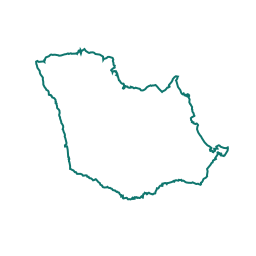 outline of Predeal-Sarari, Prahova, Romania, rotated 100°
{"feature_id": "2599482B64670860435463", "entity_name": "Predeal-Sarari", "entity_type": "district", "adm_level": 2, "iso_a3": "ROU", "parent_name": "Romania", "parent_adm1": "Prahova", "projection": "equal_earth", "projection_center": [26.111, 45.192], "detail": "fine", "context": "isolated", "style": "outline", "palette": "teal", "viewbox_px": 256, "rotation_deg": 100, "n_neighbors": 0, "source": "geoboundaries", "source_scale": "gbopen_adm2", "svg_char_len": 5753}
<svg xmlns="http://www.w3.org/2000/svg" viewBox="0 0 256 256"><g transform="rotate(100 128 128)"><path d="M115.9,203.7L116.3,202.6L117.1,202.6L118.4,201.8L120.5,201.3L121.0,200.8L121.6,199.7L122.7,198.6L125.1,197.9L127.0,198.1L128.1,197.7L129.2,196.8L130.5,196.5L133.1,195.0L134.7,194.5L135.7,193.4L137.1,192.3L138.6,191.9L140.7,192.1L141.0,191.6L142.9,190.7L144.9,189.3L146.1,188.8L147.3,188.9L149.0,187.9L153.3,186.0L154.5,185.9L156.0,187.1L157.2,186.8L156.7,184.9L157.0,184.7L160.0,183.6L166.7,181.9L166.6,181.6L167.1,181.2L168.6,180.5L168.8,180.8L168.5,181.0L169.2,181.0L169.5,180.6L171.3,180.3L171.5,179.9L175.5,178.4L178.4,177.9L178.5,176.9L179.1,175.4L179.2,174.4L180.7,172.7L180.5,171.8L180.7,171.3L181.9,170.5L182.0,170.1L181.4,166.6L181.9,164.9L182.8,164.0L181.9,161.2L181.9,160.4L183.1,159.6L182.9,158.3L183.7,157.8L184.1,157.2L184.0,155.8L184.8,154.2L185.6,153.3L184.8,151.7L184.1,151.2L184.1,150.6L186.4,147.8L187.2,146.1L188.6,145.4L189.2,143.4L189.9,143.2L190.6,142.4L190.7,140.8L190.4,139.7L190.1,138.6L189.5,138.1L190.2,136.9L190.3,135.8L190.1,135.2L190.5,134.5L190.6,133.4L191.8,132.1L191.8,129.8L192.4,129.3L192.5,128.5L192.9,128.0L192.6,127.3L193.2,126.5L193.2,125.6L194.6,124.6L195.1,123.9L195.2,123.1L196.8,122.8L196.7,122.5L195.7,121.9L195.5,121.3L197.9,120.8L198.2,120.4L197.0,117.4L197.2,116.7L198.2,115.8L198.2,115.3L197.8,114.4L197.9,113.1L197.5,112.5L195.9,111.4L196.2,111.0L197.0,110.7L196.5,109.1L195.8,109.1L195.3,109.7L195.0,109.5L194.9,108.5L194.6,107.5L195.2,107.1L195.3,106.7L194.8,105.8L195.0,104.8L194.8,104.1L193.0,102.9L194.0,101.6L194.0,101.3L190.7,101.5L189.9,100.5L188.9,100.3L189.1,99.6L188.9,99.0L189.7,98.4L190.0,97.9L189.6,97.4L188.7,97.2L188.1,96.2L188.7,94.9L188.9,93.8L188.8,93.0L189.1,92.6L189.0,91.9L188.0,91.0L187.9,90.1L187.6,89.8L185.8,89.8L184.1,89.2L182.3,89.0L182.4,87.9L182.0,87.5L180.2,86.9L179.1,86.1L178.9,85.5L179.2,84.4L178.9,84.0L177.5,84.7L176.8,84.5L176.8,83.5L176.1,82.9L175.7,81.6L175.7,81.2L176.5,80.1L175.4,79.7L175.2,78.8L173.6,75.5L172.3,73.9L172.9,73.5L172.9,73.1L171.7,72.7L171.1,71.7L171.1,69.2L170.2,68.9L170.3,67.6L169.8,66.6L170.7,65.8L170.6,65.4L170.2,64.8L170.4,63.7L171.3,62.0L171.5,60.9L171.4,58.5L171.0,55.9L170.8,55.5L170.3,54.9L171.3,51.1L170.7,49.3L171.1,48.1L171.3,46.7L170.6,46.3L169.2,46.7L168.5,45.8L167.4,45.3L165.4,44.9L164.9,44.6L163.4,42.7L161.8,41.7L161.0,42.0L156.8,42.1L154.6,43.0L150.0,40.4L147.9,39.6L147.2,38.7L145.3,38.6L144.8,37.9L144.5,37.8L144.3,37.3L143.3,36.0L143.0,36.2L143.3,36.7L142.7,37.0L142.3,36.6L141.6,36.5L138.7,35.2L138.2,35.1L136.7,35.6L136.3,35.2L136.8,34.6L136.8,34.0L137.6,33.8L137.7,33.6L136.9,32.1L137.2,31.8L137.7,32.4L138.1,32.4L138.3,31.9L138.6,32.1L138.9,31.8L138.8,30.8L139.0,28.8L138.2,28.5L138.1,28.0L133.0,26.0L130.5,26.1L129.8,26.4L130.8,27.7L131.0,30.0L130.4,33.4L129.4,34.8L129.3,35.7L131.0,37.8L132.3,37.1L132.6,36.3L132.8,36.2L133.5,39.5L135.0,39.1L134.8,38.5L135.3,38.3L136.5,39.7L137.0,39.8L136.9,40.5L135.9,41.2L135.9,42.2L136.3,42.7L136.2,43.1L134.8,43.6L133.8,42.4L133.1,42.4L131.8,44.9L131.6,45.8L131.1,47.0L128.8,50.1L125.1,53.5L123.5,54.7L123.0,55.5L120.3,58.0L117.2,59.8L114.5,59.9L113.0,59.5L112.6,59.8L111.7,61.0L111.7,61.4L112.4,62.2L112.0,64.4L111.0,64.6L111.1,65.9L110.6,65.8L109.3,67.2L107.4,67.8L106.4,67.1L104.6,64.7L104.4,64.7L103.6,65.4L102.0,66.0L101.4,66.8L100.0,67.7L99.0,67.7L98.4,68.3L96.2,68.5L94.6,70.0L93.9,70.3L93.7,70.9L92.0,72.1L89.1,72.3L87.2,73.7L86.0,73.3L85.1,73.5L84.9,74.0L84.5,74.3L84.4,75.3L85.0,75.7L85.6,75.7L85.6,76.4L85.9,76.7L85.9,75.9L86.1,75.4L86.4,75.5L86.2,75.8L86.2,76.9L85.3,77.1L85.4,78.4L84.3,79.2L85.3,80.0L84.9,80.9L84.1,81.7L81.6,83.1L78.9,85.9L73.4,88.5L72.9,89.0L70.9,88.1L69.6,88.1L68.7,87.8L68.7,89.8L69.8,91.0L72.2,92.4L73.5,92.5L75.3,93.2L78.5,95.1L79.4,95.1L79.7,94.4L80.1,94.2L81.1,95.3L81.4,96.3L83.7,97.6L84.6,98.4L85.7,100.0L86.6,100.7L83.9,104.5L82.3,106.3L80.9,108.3L81.7,110.2L81.9,111.4L82.4,112.1L82.1,113.3L82.7,113.9L83.1,114.8L84.6,116.5L86.7,117.7L87.6,118.7L88.2,119.5L88.6,120.6L88.6,121.9L87.5,123.0L87.3,123.4L87.4,123.9L87.0,127.4L87.2,127.5L87.4,128.2L87.7,128.6L87.8,129.5L87.1,130.4L86.9,132.4L87.8,132.3L88.2,133.8L88.0,135.1L87.3,135.8L87.6,136.9L87.1,137.6L87.1,138.3L89.3,138.5L90.0,139.2L89.8,139.9L89.3,139.9L87.7,139.2L85.7,139.6L85.5,140.3L85.2,140.4L85.4,141.4L84.7,142.8L82.7,144.6L82.6,145.2L79.3,146.7L79.1,147.2L78.2,147.2L77.8,147.6L77.8,148.5L76.8,147.9L76.5,148.5L75.7,148.5L74.5,149.5L75.0,149.8L74.6,150.6L74.2,150.8L74.4,151.7L75.0,152.7L75.9,152.9L75.2,153.2L74.1,154.6L73.6,154.5L71.4,152.6L71.0,151.7L70.6,151.6L69.4,152.1L69.0,152.0L69.0,152.4L68.2,153.2L66.1,153.7L65.1,154.4L64.1,154.6L63.4,154.3L61.8,155.2L61.6,155.7L61.2,158.8L61.5,160.2L62.9,161.3L64.3,163.9L65.1,164.2L62.0,165.0L60.6,168.6L60.8,172.9L59.8,174.4L59.6,175.7L60.0,177.8L60.4,178.6L60.7,178.8L60.8,179.7L59.5,182.9L57.8,184.6L60.2,186.9L60.0,187.1L60.2,187.6L59.5,188.2L60.5,188.1L62.1,187.2L62.9,187.3L61.0,188.4L60.6,188.9L60.3,188.7L59.9,189.0L60.4,190.0L61.0,190.1L61.6,189.8L62.2,190.1L62.4,190.6L63.9,191.0L63.4,191.9L63.8,192.4L64.5,195.6L64.7,196.4L64.4,197.0L64.4,197.4L65.4,199.2L65.0,200.0L66.1,202.0L66.4,203.1L68.2,206.5L68.8,208.5L68.5,209.0L68.5,212.3L68.7,213.7L69.1,214.7L69.0,216.4L69.4,217.1L71.1,218.4L72.6,221.0L74.0,221.6L75.4,221.6L75.8,222.3L77.5,221.8L77.2,222.5L77.2,223.1L78.4,227.4L77.7,228.9L78.6,230.0L80.9,229.4L81.9,228.7L84.4,227.7L87.1,224.9L89.1,224.3L90.5,223.4L93.1,220.6L95.1,220.3L97.1,219.5L100.0,218.9L102.5,217.0L103.0,216.3L103.9,215.4L104.5,215.2L105.1,213.4L105.6,212.8L106.5,212.3L109.0,211.7L109.1,210.9L108.9,210.0L109.4,209.7L109.3,209.2L109.6,208.8L111.0,208.0L111.4,205.9L112.7,204.4L113.3,204.1L114.2,204.1L114.7,203.5L115.9,203.7Z" fill="none" stroke="#0f766e" stroke-width="2"/></g></svg>